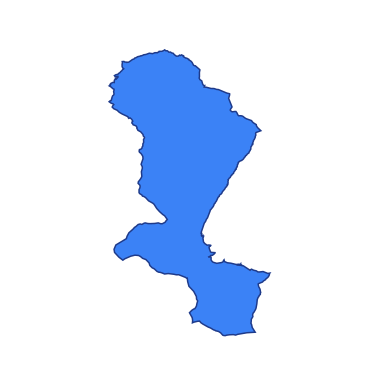 the district of Moisei, Maramures, Romania, rotated 34°
{"feature_id": "2599482B59377530755916", "entity_name": "Moisei", "entity_type": "district", "adm_level": 2, "iso_a3": "ROU", "parent_name": "Romania", "parent_adm1": "Maramures", "projection": "mercator", "projection_center": [24.564, 47.623], "detail": "fine", "context": "isolated", "style": "filled", "palette": "blue", "viewbox_px": 384, "rotation_deg": 34, "n_neighbors": 0, "source": "geoboundaries", "source_scale": "gbopen_adm2", "svg_char_len": 6014}
<svg xmlns="http://www.w3.org/2000/svg" viewBox="0 0 384 384"><g transform="rotate(34 192 192)"><path d="M265.5,300.2L266.3,298.9L269.0,296.0L270.5,294.8L272.5,295.4L275.3,295.4L281.0,294.9L283.2,294.4L287.2,294.2L288.2,293.8L289.0,293.9L291.9,292.8L294.4,292.7L297.6,293.5L298.9,293.1L300.2,292.2L300.6,291.5L302.8,289.5L306.0,287.1L308.2,286.2L309.5,284.4L316.2,278.0L322.8,272.9L317.8,270.7L315.3,268.4L314.1,267.8L313.9,267.0L312.3,264.2L312.2,261.6L312.0,261.0L311.0,260.1L310.4,258.3L310.6,257.0L310.3,253.5L310.0,252.4L308.3,248.5L306.3,244.8L305.7,242.3L305.9,241.4L305.6,240.3L305.9,238.7L305.1,237.4L305.2,237.0L302.7,234.5L300.1,233.1L298.3,231.3L298.5,230.6L300.8,227.2L301.0,225.7L302.0,223.6L301.9,222.6L302.5,220.9L302.7,219.5L302.5,217.6L301.9,216.3L301.9,215.7L300.4,217.1L295.4,218.2L292.6,220.6L291.3,221.4L289.4,221.4L286.8,222.4L284.5,222.7L283.9,223.8L283.9,224.4L275.9,224.5L274.6,225.0L273.9,224.7L273.6,224.9L274.1,225.3L273.5,225.5L272.6,224.4L272.6,225.7L272.4,226.2L272.0,226.3L271.9,225.6L271.5,226.1L271.4,226.7L270.4,227.3L270.0,227.3L270.2,226.5L269.1,227.4L264.0,229.3L260.9,230.9L257.8,231.5L256.5,230.3L256.4,231.2L256.9,232.0L256.3,233.5L255.5,234.4L252.4,237.3L248.8,238.4L247.9,238.4L246.1,237.8L245.3,237.0L244.7,235.9L244.0,235.3L243.2,235.6L242.5,236.5L242.2,236.4L243.0,235.1L243.0,234.1L244.3,233.1L245.0,231.1L245.2,229.7L245.0,229.4L241.8,231.2L240.9,231.3L238.3,229.5L237.0,228.2L236.9,227.6L237.5,226.6L237.5,225.8L237.3,225.7L235.6,226.5L234.3,227.6L231.6,227.6L229.8,227.1L229.3,226.8L226.6,223.8L226.7,223.2L226.3,222.4L226.3,222.0L226.0,222.0L225.8,222.5L225.4,222.0L225.2,222.6L224.6,223.1L223.9,222.5L223.9,221.8L223.1,221.4L223.4,221.2L223.3,220.9L222.2,220.3L219.6,211.0L219.7,208.9L219.2,206.5L219.3,204.8L217.6,197.5L217.2,196.6L217.4,196.3L217.7,192.5L217.6,191.1L217.1,189.6L217.4,188.3L217.2,187.7L217.3,185.8L216.6,181.9L217.0,180.3L216.6,179.5L216.8,178.3L217.2,177.7L217.4,176.3L217.1,175.1L217.2,173.6L217.5,171.5L217.3,169.4L217.7,168.3L217.5,167.8L217.6,166.5L217.0,166.0L217.4,165.4L217.1,165.0L216.8,164.2L216.0,163.3L215.6,162.1L215.0,161.6L215.2,160.9L215.1,159.8L215.5,158.7L215.3,156.4L215.6,155.8L215.4,155.2L216.0,153.3L215.6,152.5L215.7,149.8L215.4,149.1L215.8,148.7L215.9,148.3L215.3,147.6L215.4,146.4L215.1,145.9L215.2,145.3L214.4,144.0L214.5,143.3L214.1,141.9L213.8,141.6L214.6,139.3L215.6,138.0L215.7,137.3L215.9,137.0L216.2,135.7L216.1,134.2L216.4,132.8L216.1,132.0L216.6,131.1L216.6,129.9L217.0,128.4L217.3,128.0L216.9,126.3L217.0,125.2L216.8,124.6L216.8,123.7L215.6,121.6L215.7,120.3L215.4,119.3L215.8,118.7L215.5,117.9L215.0,117.9L214.5,115.5L214.2,115.2L214.2,113.3L213.8,111.2L213.3,110.5L213.3,109.6L213.0,109.0L212.0,107.9L211.8,106.9L214.8,102.7L210.2,101.9L208.4,101.1L207.6,100.2L203.9,100.3L202.2,99.9L201.5,99.5L196.0,100.9L194.4,101.0L191.6,100.8L189.9,101.4L188.0,102.7L186.8,102.4L185.3,101.4L183.4,100.7L182.6,101.2L180.4,103.1L178.5,103.0L177.9,102.7L177.6,101.5L177.7,99.5L177.5,99.0L170.0,93.9L168.9,90.4L168.2,89.5L165.6,90.5L156.6,92.3L155.0,93.2L152.4,93.9L149.9,95.5L145.4,97.1L143.4,98.2L143.0,96.7L142.7,97.0L141.4,97.0L140.3,96.4L137.9,94.4L135.6,94.4L134.2,93.5L133.8,92.4L131.2,88.6L130.3,86.4L130.0,86.2L124.2,85.5L123.4,85.9L122.3,86.0L119.6,84.5L117.9,84.1L115.6,84.2L115.1,84.1L115.1,83.8L112.7,84.0L111.9,84.5L109.0,84.6L108.9,84.5L109.1,84.0L108.9,83.8L106.6,84.2L106.2,85.2L105.1,85.5L104.8,86.6L104.4,87.2L103.1,88.1L100.3,88.0L99.0,87.5L97.2,88.1L96.0,88.0L94.7,89.0L92.7,88.7L91.2,89.6L89.9,89.4L89.5,90.4L88.4,92.2L86.1,93.8L86.2,94.5L85.8,94.8L85.5,95.8L83.3,97.3L82.0,99.3L79.0,100.8L77.0,103.6L75.1,105.4L74.7,106.3L73.6,107.7L73.2,107.9L73.0,108.4L71.3,110.2L70.3,112.3L69.6,113.0L69.5,114.3L68.4,115.6L68.3,116.2L66.9,119.8L65.8,120.6L65.6,121.0L65.0,121.0L63.5,121.9L62.6,121.8L61.2,122.9L62.0,123.7L62.6,125.2L64.0,127.2L65.3,127.9L66.5,128.0L66.5,128.5L66.1,128.9L65.9,131.2L65.6,131.8L65.5,133.3L64.9,134.6L64.6,136.1L63.4,137.2L62.6,138.9L64.1,139.4L66.0,137.6L66.4,138.1L66.1,139.1L66.3,139.1L66.1,140.7L65.0,140.8L65.4,141.6L65.1,142.4L65.2,142.9L66.3,144.7L65.2,145.3L64.0,147.3L63.9,148.6L64.5,148.6L64.6,149.4L64.1,150.3L65.8,150.2L68.8,150.6L69.9,150.4L70.5,151.4L70.8,152.5L72.5,154.3L72.8,155.4L72.4,156.7L72.9,158.7L73.2,159.2L73.2,159.6L73.7,160.5L73.8,161.4L73.6,161.9L73.2,161.9L72.8,163.5L75.1,163.6L77.2,163.1L78.3,163.3L78.1,164.7L78.3,166.2L80.6,166.7L84.2,166.1L87.1,166.6L90.4,166.4L96.7,165.4L97.7,166.1L98.5,166.3L99.1,165.2L101.3,165.4L103.3,166.4L103.1,167.1L103.5,168.4L104.4,168.5L105.6,169.2L108.6,168.5L110.3,169.2L110.5,169.9L112.7,171.1L115.8,170.8L119.2,171.7L120.3,172.8L122.0,173.2L122.4,173.9L122.4,175.5L124.1,177.8L124.3,178.7L124.3,179.4L125.5,181.4L125.5,182.5L126.0,183.9L125.6,185.2L124.7,186.2L125.3,187.7L126.2,188.4L128.2,188.6L130.6,189.6L131.5,190.2L132.8,191.9L134.3,197.5L136.7,198.9L137.6,200.2L138.7,203.5L141.6,207.0L141.9,208.1L142.0,210.5L141.8,213.6L142.5,215.0L144.7,215.4L145.7,216.1L146.5,217.7L146.8,219.7L148.5,222.2L149.5,222.6L152.0,222.5L153.2,223.1L154.8,222.6L156.7,222.6L160.9,223.6L165.7,223.2L167.4,223.4L172.0,225.4L176.0,226.4L180.3,227.0L182.6,227.0L186.9,228.6L186.6,230.0L186.6,232.2L185.1,234.9L183.8,235.8L181.3,236.5L178.8,238.8L175.3,241.4L173.1,242.8L170.5,243.8L169.7,244.7L168.6,246.9L166.9,247.5L165.5,249.1L164.8,252.0L164.0,253.8L164.1,254.4L163.8,256.0L162.5,261.0L162.9,264.9L163.4,266.7L163.7,267.3L158.5,278.5L159.4,283.1L161.6,285.4L167.9,286.9L172.8,287.2L173.6,285.0L177.1,279.5L180.0,276.3L183.2,274.5L185.3,274.3L188.1,274.6L191.6,273.8L196.1,274.8L197.9,276.3L198.7,276.6L201.4,277.1L203.7,276.8L207.4,277.4L209.2,277.1L210.5,276.4L212.6,275.8L215.1,275.3L217.9,272.9L223.0,270.3L225.1,269.5L227.3,268.0L234.5,266.4L236.0,266.5L236.3,266.1L238.6,268.8L242.2,271.9L248.9,273.4L253.9,276.1L254.5,276.7L255.6,278.2L257.6,279.1L258.6,282.1L259.5,284.2L259.6,287.2L258.9,288.0L258.0,290.2L257.4,293.5L262.5,296.1L264.4,298.2L265.5,300.2Z" fill="#3b82f6" stroke="#1e3a8a" stroke-width="1.5"/></g></svg>